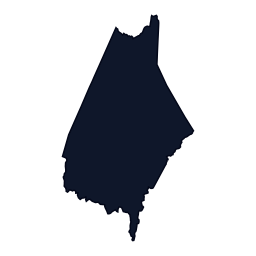 Solonópole, Ceará, Brazil
{"feature_id": "56859067B36199820479004", "entity_name": "Solonópole", "entity_type": "district", "adm_level": 2, "iso_a3": "BRA", "parent_name": "Brazil", "parent_adm1": "Ceará", "projection": "mercator", "projection_center": [-38.993, -5.778], "detail": "fine", "context": "isolated", "style": "filled", "palette": "ink", "viewbox_px": 256, "rotation_deg": 0, "n_neighbors": 0, "source": "geoboundaries", "source_scale": "gbopen_adm2", "svg_char_len": 3014}
<svg xmlns="http://www.w3.org/2000/svg" viewBox="0 0 256 256"><path d="M107.8,213.7L108.8,213.8L109.9,213.5L110.8,213.0L111.5,212.1L114.0,210.5L115.5,209.9L116.7,211.4L117.8,211.9L117.9,209.9L118.1,208.7L119.0,207.0L120.3,207.0L121.6,207.6L122.2,208.8L122.7,210.1L123.3,211.6L124.5,211.9L126.2,212.4L127.8,212.3L128.6,213.4L129.9,214.8L130.1,216.4L130.4,217.5L130.5,218.9L130.6,220.7L131.0,221.8L130.5,223.8L130.2,225.4L130.2,227.1L130.4,229.3L129.4,230.8L129.0,231.9L129.9,232.6L131.2,236.2L133.0,237.1L132.0,239.8L132.7,240.6L133.8,240.4L134.3,238.6L134.5,237.5L134.9,236.0L134.6,234.5L134.7,232.5L135.7,231.5L136.2,229.9L136.5,228.0L136.8,226.2L136.9,225.1L137.1,223.7L138.5,223.4L138.9,222.2L139.0,221.1L138.8,219.7L137.8,218.9L137.7,217.7L137.9,216.2L138.3,214.5L138.4,212.9L138.7,211.6L139.4,210.6L140.8,211.0L141.7,210.5L142.4,209.5L142.9,208.4L143.5,207.1L142.8,206.2L141.7,205.6L141.9,204.6L141.4,203.0L141.6,201.2L142.7,200.8L144.0,200.2L143.9,198.8L144.1,197.2L144.1,196.1L143.4,194.9L144.8,193.9L146.8,193.4L148.0,192.9L148.0,191.9L147.2,190.3L147.6,189.4L148.2,188.5L148.5,187.1L149.6,187.7L150.9,188.4L152.2,188.3L153.1,187.9L154.9,184.6L165.3,165.3L166.1,164.1L166.2,162.8L167.0,161.2L166.7,160.2L168.0,159.7L167.8,158.6L167.0,157.7L166.6,156.6L167.7,156.0L169.0,155.5L170.7,156.0L171.7,155.0L173.0,154.6L173.0,153.6L173.6,152.6L174.9,151.6L175.3,150.1L176.3,148.9L178.2,148.6L179.4,148.1L180.5,146.9L180.3,145.5L180.8,143.8L181.8,142.3L181.4,141.2L181.8,140.1L182.7,139.3L183.7,138.6L184.9,137.3L186.1,137.0L187.2,136.5L188.6,135.4L190.0,134.5L191.5,134.0L192.4,133.0L192.7,131.8L193.5,130.8L184.9,117.1L167.6,87.1L166.6,85.4L156.9,64.5L157.3,54.0L157.7,45.0L158.6,25.8L158.7,22.9L158.5,20.8L157.7,20.1L157.0,18.5L157.1,16.4L156.4,15.4L155.2,15.8L153.9,16.4L152.6,16.2L151.7,15.6L151.3,17.0L151.2,18.2L151.0,19.8L150.8,21.4L150.4,23.1L150.2,25.0L149.8,26.4L148.5,26.6L147.5,26.2L146.5,26.4L144.9,27.3L144.1,28.4L143.5,29.8L143.0,31.3L142.3,32.8L140.9,33.6L140.0,34.7L139.4,35.7L138.3,35.8L136.8,36.7L135.2,37.5L134.1,38.3L133.0,38.6L132.9,37.5L131.7,36.2L130.5,36.6L129.2,35.9L128.0,36.4L127.6,35.5L126.7,34.6L125.0,34.5L123.8,33.4L122.6,35.0L120.8,33.2L119.5,32.4L118.2,31.3L117.6,29.0L116.6,28.5L116.0,27.7L98.9,66.3L94.1,77.0L92.4,81.0L89.5,87.2L87.0,93.0L81.0,107.0L79.3,110.8L68.7,134.8L64.8,148.5L62.5,156.5L63.8,157.0L65.3,157.6L66.3,158.3L66.8,159.4L66.9,160.6L65.6,162.8L65.5,165.0L65.4,166.1L65.6,168.0L65.8,169.8L65.7,172.0L64.3,173.9L64.2,175.6L63.3,177.0L63.6,178.3L64.2,179.8L64.5,180.9L64.4,182.3L64.4,184.0L64.2,186.1L64.8,186.9L65.7,188.0L66.2,189.8L66.2,191.3L67.5,192.1L68.6,191.2L69.2,190.0L70.6,190.1L72.6,190.9L73.4,190.4L74.7,190.4L75.8,191.5L75.8,193.2L77.8,192.9L77.5,195.2L78.5,197.8L80.2,199.4L82.0,198.1L84.1,197.9L85.8,197.0L86.0,198.4L85.7,199.5L86.3,201.3L88.6,199.4L90.0,199.3L92.2,201.2L95.4,202.5L98.3,202.2L100.3,204.3L102.3,204.5L104.7,204.7L104.8,206.5L105.3,207.9L105.8,208.9L107.0,211.4L107.8,213.7Z" fill="#0f172a" stroke="#020617" stroke-width="1.5"/></svg>